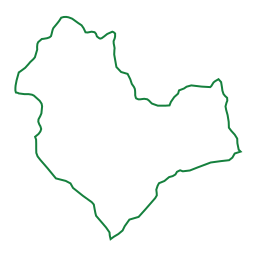 outline of Bossemtélé, Ouham-Pendé, Central African Republic
{"feature_id": "33826404B76356244638876", "entity_name": "Bossemtélé", "entity_type": "district", "adm_level": 2, "iso_a3": "CAF", "parent_name": "Central African Republic", "parent_adm1": "Ouham-Pendé", "projection": "albers", "projection_center": [16.537, 5.936], "detail": "fine", "context": "isolated", "style": "outline", "palette": "green", "viewbox_px": 256, "rotation_deg": 0, "n_neighbors": 0, "source": "geoboundaries", "source_scale": "gbopen_adm2", "svg_char_len": 2161}
<svg xmlns="http://www.w3.org/2000/svg" viewBox="0 0 256 256"><path d="M110.6,239.1L113.9,236.7L118.4,234.0L122.6,230.5L124.7,226.2L129.4,219.6L138.6,216.9L145.1,209.7L155.2,198.1L156.8,195.4L156.7,193.0L156.3,189.7L157.6,185.8L159.0,183.2L164.4,181.0L169.1,177.1L172.7,176.1L175.4,174.5L177.0,171.8L180.1,170.3L182.8,171.3L189.8,170.5L197.7,167.4L210.7,162.5L221.0,161.1L229.1,160.2L232.4,157.6L234.7,153.5L240.6,151.6L238.7,149.7L237.4,143.3L237.2,138.6L234.7,134.6L231.4,131.0L228.9,127.7L228.7,121.9L227.6,115.1L226.2,110.0L225.5,106.4L226.5,102.7L227.3,100.7L227.1,97.8L225.1,96.0L223.5,94.0L222.4,90.6L222.0,87.5L221.1,82.1L218.5,79.2L215.1,81.2L213.5,82.5L211.3,86.1L210.2,87.1L201.6,86.6L191.3,85.4L186.6,86.7L184.0,88.5L179.0,90.4L178.1,93.6L174.2,97.1L170.9,101.9L169.5,105.4L165.0,105.7L157.9,105.7L152.0,103.6L150.9,102.6L149.1,100.7L147.3,99.3L144.2,98.8L140.3,99.3L138.3,99.3L136.2,98.4L135.8,97.7L135.2,95.3L135.2,93.1L135.1,90.9L134.8,88.8L133.9,86.9L131.8,83.9L130.3,79.3L127.6,73.9L121.1,72.0L116.4,67.0L114.2,54.5L114.4,50.0L114.6,48.2L114.1,45.4L113.7,43.6L113.6,41.1L114.6,38.7L115.1,36.5L115.1,34.7L115.1,33.5L113.6,32.2L112.3,31.7L107.2,34.0L104.2,36.4L101.7,38.2L100.1,38.6L98.9,38.0L96.9,36.4L96.0,33.8L94.6,32.2L91.6,31.7L87.6,32.5L85.5,32.3L83.6,28.2L81.6,25.3L78.0,22.9L75.8,21.3L72.9,19.2L72.0,18.6L68.5,17.3L66.2,16.9L63.7,17.0L61.2,17.7L59.3,20.7L57.7,22.8L55.9,25.0L53.4,28.0L52.7,29.6L52.2,31.5L51.6,34.0L51.0,36.1L49.6,37.3L47.1,38.2L43.6,38.8L41.8,39.0L40.1,40.5L38.2,42.1L37.4,43.9L37.1,46.9L37.2,49.6L34.9,57.3L33.4,59.1L30.1,62.2L28.8,63.8L25.2,67.8L19.9,71.7L18.8,72.4L16.6,80.3L15.6,85.5L15.4,87.9L15.4,90.5L15.9,92.5L17.9,92.9L18.7,93.4L24.2,94.1L25.6,94.1L28.4,94.1L32.0,94.7L33.9,95.6L39.7,100.8L41.6,103.7L42.1,106.4L41.4,113.4L40.1,116.4L38.5,119.3L38.3,121.7L39.3,124.4L40.4,126.3L41.2,129.0L40.4,131.4L38.6,133.9L35.1,136.8L36.1,139.6L36.2,143.5L36.2,148.6L36.3,152.9L37.6,156.4L40.4,160.0L47.6,168.3L55.9,178.4L65.7,180.9L70.5,183.4L73.0,187.9L82.9,195.8L91.8,202.2L93.8,204.5L94.6,209.0L95.4,213.1L96.1,215.8L106.1,227.5L109.5,232.4L109.8,235.6L110.6,239.1Z" fill="none" stroke="#15803d" stroke-width="2"/></svg>